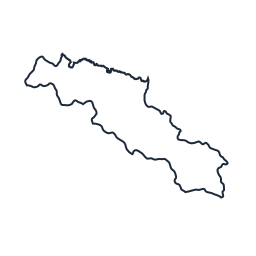 San Felipe de Puerto Plata, Puerto Plata, Dominican Republic (Robinson projection), rotated 344°
{"feature_id": "3306468B57439307714728", "entity_name": "San Felipe de Puerto Plata", "entity_type": "district", "adm_level": 2, "iso_a3": "DOM", "parent_name": "Dominican Republic", "parent_adm1": "Puerto Plata", "projection": "robinson", "projection_center": [-70.701, 19.686], "detail": "fine", "context": "isolated", "style": "outline", "palette": "slate", "viewbox_px": 256, "rotation_deg": 344, "n_neighbors": 0, "source": "geoboundaries", "source_scale": "gbopen_adm2", "svg_char_len": 5619}
<svg xmlns="http://www.w3.org/2000/svg" viewBox="0 0 256 256"><g transform="rotate(344 128 128)"><path d="M211.6,189.9L212.8,190.0L213.6,189.7L214.0,189.3L214.0,188.4L212.9,186.1L211.9,184.9L211.2,182.5L209.3,180.5L209.0,179.5L208.9,176.9L208.7,175.5L207.5,174.1L206.1,173.3L201.7,170.0L201.1,168.9L200.6,166.3L199.2,164.0L198.7,163.7L197.9,163.7L195.9,164.3L195.2,164.1L194.5,163.4L193.4,161.5L192.3,160.4L187.4,160.6L185.0,160.3L182.1,158.6L180.5,156.5L178.9,155.4L177.8,154.9L175.4,154.2L173.2,152.8L172.9,151.6L173.3,150.0L173.8,149.3L175.1,148.3L176.1,146.4L177.7,145.5L177.9,144.7L177.7,144.2L177.2,143.5L175.5,142.4L174.9,141.8L173.6,139.7L172.1,138.3L171.7,137.6L171.2,135.8L170.6,134.4L170.4,133.4L170.6,132.5L172.2,128.9L172.3,128.3L172.0,127.5L171.1,126.4L169.4,124.9L168.7,122.6L168.0,121.8L167.5,121.7L167.0,121.8L165.9,123.4L165.4,123.7L164.6,123.8L164.1,123.6L163.7,123.1L163.3,120.6L162.9,119.8L157.3,114.3L156.4,113.8L154.1,113.5L153.2,113.1L151.8,110.9L151.5,109.1L151.5,106.0L153.1,100.6L153.8,99.6L155.0,98.5L156.0,96.6L157.5,95.8L157.9,95.4L158.6,93.0L160.1,89.9L160.9,87.6L160.9,85.9L160.7,86.2L160.7,86.6L160.4,86.6L160.2,87.1L159.8,87.2L159.8,87.5L159.8,87.8L157.0,88.2L156.5,87.5L155.9,87.5L155.8,86.9L154.8,86.8L154.8,86.6L154.4,86.6L154.3,86.3L154.0,86.3L153.9,85.6L153.8,84.5L154.0,83.7L153.2,82.7L152.7,82.5L152.0,82.5L151.5,83.3L150.0,83.3L150.0,83.2L148.4,83.0L148.2,82.5L147.9,82.5L147.7,82.0L147.3,81.9L147.2,81.3L146.4,80.6L146.3,80.1L145.9,80.1L145.2,79.6L145.0,78.3L144.2,77.0L143.9,77.0L143.4,76.4L143.2,76.4L142.9,76.1L142.4,76.1L141.6,76.0L141.3,76.3L140.9,76.1L140.1,75.1L140.1,74.3L139.7,73.8L138.6,73.7L138.1,73.1L137.1,72.8L136.8,72.2L136.1,72.4L135.8,72.0L135.8,71.5L135.6,71.4L135.2,71.4L135.2,71.2L134.4,71.4L134.2,71.1L133.9,71.2L133.2,70.4L133.2,69.9L132.7,69.8L132.4,69.4L131.4,69.5L131.1,69.1L130.8,69.1L130.8,68.8L129.9,68.5L129.9,68.2L129.9,67.3L129.7,67.2L129.7,66.9L128.8,66.9L128.6,66.5L127.9,66.5L127.8,66.8L127.9,67.5L126.6,68.1L127.2,68.8L126.8,69.5L126.6,69.5L126.4,69.8L126.1,69.8L126.1,69.1L126.3,68.2L125.9,67.9L125.6,67.9L125.6,69.7L125.1,69.7L124.5,68.9L123.8,68.6L123.8,68.4L123.6,68.2L123.6,67.8L123.4,67.8L123.6,66.9L124.1,66.3L124.8,66.3L125.1,65.6L124.6,65.0L124.1,64.9L122.7,63.2L122.2,62.9L122.1,62.3L121.3,61.3L119.8,61.5L119.3,61.0L119.3,60.7L118.6,60.6L118.3,60.3L116.8,60.0L116.6,59.6L115.8,59.3L115.7,59.0L115.8,58.1L115.6,57.7L115.2,57.7L114.8,58.1L114.7,58.7L114.0,58.7L113.7,58.4L113.1,58.3L113.0,58.1L113.1,57.0L112.8,56.7L113.0,55.4L112.6,55.0L110.8,55.1L110.5,54.7L110.5,54.4L110.6,54.1L110.8,54.1L111.0,53.5L110.6,53.1L109.8,53.1L109.3,53.4L109.1,53.1L109.3,52.0L108.7,51.8L108.5,52.2L107.6,52.0L107.1,51.4L107.1,51.1L106.8,51.1L106.7,50.1L106.6,49.9L106.0,50.1L106.0,49.8L105.5,49.4L105.0,49.4L104.7,49.1L104.0,49.1L103.7,49.5L102.7,49.5L102.4,50.1L102.1,50.1L101.7,49.5L100.5,49.4L100.4,50.2L100.1,50.2L100.1,50.4L99.6,50.1L99.1,50.2L99.1,50.5L98.9,50.8L97.7,51.0L97.4,51.4L96.9,51.4L96.2,51.0L94.7,50.8L94.6,50.5L94.0,50.2L93.9,51.5L93.5,51.7L93.0,52.2L92.9,52.8L92.0,53.8L91.1,54.0L90.9,54.4L89.5,54.0L88.6,52.8L88.4,52.8L88.3,51.8L88.6,51.4L88.6,51.1L88.9,51.0L88.9,50.7L89.6,49.8L90.2,49.5L90.6,48.9L90.9,48.9L90.9,48.5L91.0,48.5L90.9,48.1L91.1,47.6L91.1,47.2L90.5,46.5L90.1,46.4L90.1,46.1L89.2,45.2L89.2,44.9L88.5,44.5L88.1,43.5L87.6,43.2L87.5,42.6L87.4,42.6L87.4,41.7L87.1,41.5L86.9,40.6L85.6,40.0L85.5,38.6L85.3,38.6L85.1,39.0L84.5,39.4L85.3,39.9L83.0,42.1L81.6,44.6L81.0,45.3L79.2,46.4L77.2,48.2L76.3,48.6L75.7,48.6L75.2,48.3L74.5,47.7L73.6,45.8L73.0,45.1L70.4,43.3L67.4,40.0L66.5,38.6L65.9,36.5L65.6,36.0L65.1,35.7L64.3,35.5L62.1,35.8L59.4,37.2L58.7,37.8L57.4,40.3L54.8,43.5L53.6,45.9L53.0,46.5L48.5,49.0L45.3,52.1L43.1,53.3L42.3,54.2L42.0,55.2L42.0,56.9L42.6,59.2L43.5,59.3L45.8,60.6L48.7,62.9L50.1,63.2L52.2,63.2L53.4,62.9L54.5,62.1L55.3,61.9L56.3,62.3L57.9,64.2L59.1,64.7L62.2,64.7L63.2,64.4L64.4,63.7L65.6,63.6L66.5,64.0L67.7,65.1L68.4,66.4L68.9,70.2L69.6,72.2L69.6,73.5L68.9,75.5L68.8,76.8L69.0,77.8L69.8,80.3L70.1,85.9L70.4,86.9L71.2,87.8L73.8,88.6L75.8,89.5L78.5,89.8L80.6,89.4L83.2,87.3L84.0,86.9L84.9,86.9L85.7,87.3L87.3,89.3L90.0,91.2L91.4,92.7L94.8,91.4L96.2,91.2L98.9,91.4L100.2,92.4L100.7,93.7L100.8,98.8L101.1,99.9L102.0,102.4L102.0,104.6L101.5,105.8L98.7,107.9L97.9,108.4L96.3,108.9L95.7,109.5L95.3,110.9L95.5,114.1L97.9,114.9L100.6,116.4L102.2,117.7L102.8,118.6L103.2,119.5L103.5,122.7L103.8,123.6L104.9,125.2L106.5,126.9L107.8,127.7L111.6,128.0L112.6,128.6L113.7,130.7L114.3,133.3L114.7,134.2L115.7,135.6L119.3,139.5L120.3,140.9L120.8,142.6L120.8,146.6L121.0,148.3L122.5,151.5L124.8,154.3L125.7,153.8L126.6,152.4L127.5,151.7L128.8,151.4L130.0,151.6L131.6,152.9L134.7,156.5L137.0,161.5L138.0,162.7L138.9,163.0L142.0,163.5L144.4,165.4L145.3,165.9L149.7,166.4L151.9,167.3L154.6,167.8L155.3,168.3L157.9,172.1L158.2,173.6L158.2,177.4L158.4,178.9L158.8,179.8L160.4,182.1L160.9,183.9L160.9,186.5L160.8,188.3L160.4,189.2L159.1,190.2L158.4,191.1L158.2,192.1L158.3,193.5L159.2,194.8L160.9,195.9L161.7,196.8L162.1,198.1L162.3,201.1L162.5,202.0L164.4,203.9L165.5,205.4L168.4,205.7L175.5,205.8L176.8,206.1L179.0,207.1L183.1,207.2L184.0,207.4L184.7,208.0L185.2,210.0L186.1,211.2L190.4,213.6L192.8,215.6L194.7,216.8L197.7,219.3L198.3,220.5L200.0,220.3L200.5,220.0L200.8,219.5L201.0,216.7L201.3,215.5L201.6,215.0L202.9,214.4L203.3,213.9L204.3,209.4L204.2,208.3L203.0,206.4L202.6,205.5L202.7,204.6L203.3,202.9L203.5,201.6L203.3,200.2L202.6,198.5L202.3,197.0L202.2,194.4L202.5,192.9L203.1,192.2L203.8,191.6L206.9,191.0L208.4,189.3L209.1,188.9L210.2,188.9L211.6,189.9Z" fill="none" stroke="#1e293b" stroke-width="2"/></g></svg>